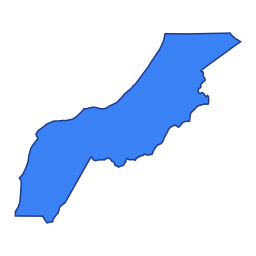 the district of Urucurituba, Amazonas, Brazil
{"feature_id": "56859067B45794754375958", "entity_name": "Urucurituba", "entity_type": "district", "adm_level": 2, "iso_a3": "BRA", "parent_name": "Brazil", "parent_adm1": "Amazonas", "projection": "orthographic", "projection_center": [-57.737, -2.835], "detail": "fine", "context": "isolated", "style": "filled", "palette": "blue", "viewbox_px": 256, "rotation_deg": 0, "n_neighbors": 0, "source": "geoboundaries", "source_scale": "gbopen_adm2", "svg_char_len": 3611}
<svg xmlns="http://www.w3.org/2000/svg" viewBox="0 0 256 256"><path d="M205.8,66.8L234.0,46.3L238.8,43.0L240.6,41.7L234.6,38.0L231.4,34.9L230.4,33.8L230.2,33.1L188.0,33.9L166.3,33.7L165.1,33.7L164.0,38.8L163.1,41.9L161.4,45.8L160.7,47.2L160.1,48.6L157.9,51.9L152.6,59.8L150.4,63.1L148.1,67.0L144.4,71.9L143.8,72.7L139.6,78.4L138.4,80.0L135.3,84.2L134.1,85.2L133.3,85.8L132.5,86.7L131.7,87.8L131.0,88.5L130.1,89.4L127.9,91.1L124.7,93.8L123.9,94.6L123.2,95.6L122.0,97.2L119.8,99.3L118.1,101.2L116.9,102.3L114.0,103.9L111.5,105.1L110.2,105.7L108.9,106.2L108.2,106.9L107.0,107.6L105.5,108.4L104.0,108.7L102.3,108.8L100.5,108.7L99.0,108.3L98.0,108.1L96.9,107.7L93.9,107.1L92.4,107.3L89.3,107.9L88.5,108.2L87.6,108.5L85.8,108.7L84.0,108.8L81.5,111.8L79.7,113.5L78.8,114.4L76.7,116.3L73.8,118.5L71.5,119.4L65.5,120.7L63.2,120.4L58.7,121.0L55.6,121.0L53.4,121.2L51.3,122.1L48.7,123.2L45.9,124.5L44.4,126.2L42.7,127.3L40.9,128.7L38.3,130.3L35.9,134.1L38.0,138.8L36.2,140.6L34.4,142.9L33.3,144.5L32.0,146.4L31.0,148.1L30.3,150.0L29.0,155.0L28.7,157.0L28.4,159.4L28.1,161.4L27.5,163.5L26.6,165.9L25.2,169.3L23.0,173.9L21.4,175.8L19.3,178.0L21.0,180.4L21.3,182.6L21.0,187.0L20.8,189.8L20.6,193.4L20.3,197.1L20.1,200.3L19.6,203.1L18.7,205.6L17.9,207.7L16.5,209.8L15.4,211.5L15.4,216.0L37.5,216.1L43.1,216.2L43.8,218.3L45.1,220.2L47.0,222.9L50.6,222.0L52.7,221.8L53.0,219.5L54.1,217.9L56.7,214.4L58.2,212.9L58.9,210.3L59.4,208.0L60.1,206.4L61.7,205.3L63.3,204.0L65.2,202.6L75.7,183.9L77.2,181.3L82.6,171.7L83.9,169.3L90.7,157.4L91.8,157.0L92.3,158.2L92.8,159.1L93.5,159.9L94.5,160.4L95.3,160.5L96.4,160.4L97.1,160.3L98.3,160.1L99.1,159.9L100.1,159.8L101.1,159.9L102.1,159.9L103.3,159.8L104.6,159.9L105.6,158.9L106.5,158.6L107.6,158.3L108.7,158.0L109.5,158.6L110.2,159.1L110.9,159.9L111.8,161.1L112.8,161.7L113.7,162.2L114.3,162.6L114.5,164.0L115.0,165.0L115.3,165.6L116.4,166.0L117.4,166.1L117.9,166.7L118.8,167.1L120.0,166.4L121.0,166.0L122.2,165.7L122.9,165.5L123.8,164.9L124.2,164.0L124.4,163.1L125.4,162.5L125.9,161.4L126.0,160.4L126.3,159.6L126.9,158.7L127.8,158.7L128.4,159.5L129.2,159.6L129.9,159.8L131.3,159.7L132.6,159.6L133.8,159.6L134.9,160.3L135.6,159.9L135.9,159.2L136.2,158.6L136.3,157.8L137.2,158.0L138.1,157.5L138.4,156.7L138.9,156.2L139.6,156.6L140.3,156.5L141.0,155.9L142.1,155.5L143.3,155.3L144.0,154.8L144.1,153.9L145.2,154.1L146.3,154.8L147.2,155.1L148.0,154.9L149.0,154.9L149.9,154.5L150.9,154.6L151.7,154.5L152.3,153.8L152.9,152.4L153.4,150.9L153.8,150.1L154.4,149.2L155.0,148.4L155.3,147.7L155.8,147.2L156.7,146.2L157.4,145.4L157.9,144.9L160.9,143.7L161.4,143.2L162.2,142.5L162.7,141.9L163.0,141.1L164.2,137.8L166.6,133.4L167.6,131.4L168.5,129.7L169.1,128.5L170.3,127.6L171.1,126.9L172.1,126.3L173.1,125.8L174.3,125.3L175.3,125.3L176.5,125.8L177.4,126.4L178.0,127.1L178.9,127.0L179.6,126.4L180.1,125.8L180.9,124.7L181.6,123.8L182.4,122.8L183.3,122.2L184.5,121.7L186.4,121.3L188.1,121.2L189.6,121.1L190.0,117.0L190.7,113.3L192.1,111.6L194.5,109.5L195.5,108.3L196.4,107.2L197.6,106.3L199.1,105.4L200.0,105.4L201.7,104.8L203.7,104.2L205.4,104.1L207.4,104.2L208.4,103.9L208.5,102.5L208.8,101.4L208.6,99.3L208.5,97.8L208.4,96.7L207.9,95.9L207.4,95.4L206.8,96.3L205.8,96.7L205.4,96.1L204.8,95.0L203.7,93.5L202.3,92.7L201.5,92.7L200.9,93.2L200.1,93.5L198.8,93.1L198.5,92.1L198.3,90.0L198.7,88.5L199.8,88.2L200.6,87.7L200.9,86.9L200.7,85.3L200.9,84.4L201.9,83.3L202.5,82.4L203.2,81.8L203.9,81.4L204.5,81.0L205.0,80.4L205.1,79.5L204.7,78.3L203.8,76.7L203.2,76.0L202.7,75.1L203.5,74.2L203.4,72.9L203.1,72.1L202.4,71.7L201.3,71.8L200.7,70.8L205.8,66.8Z" fill="#3b82f6" stroke="#1e3a8a" stroke-width="1.5"/></svg>